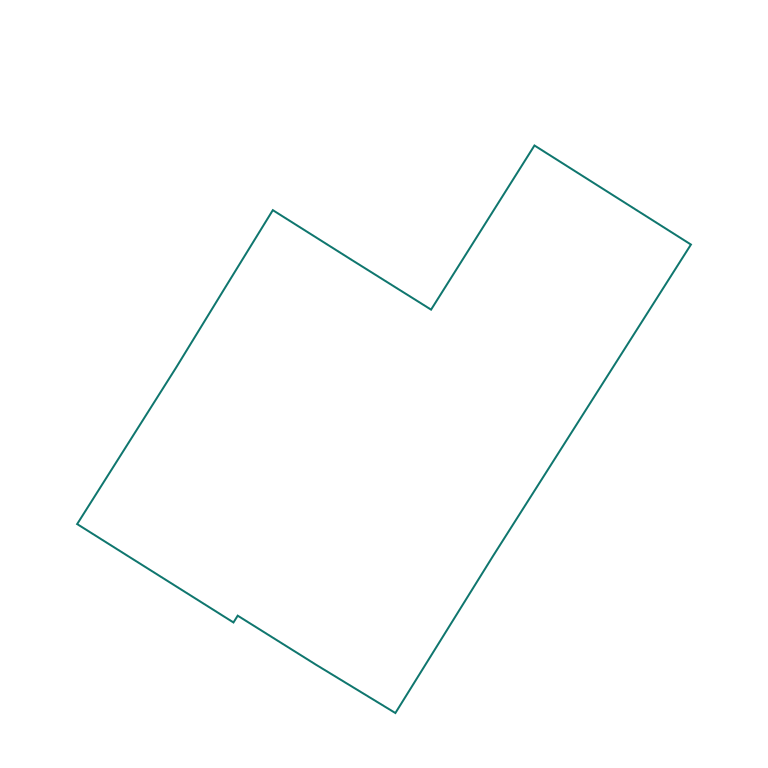 outline of Montcalm, Michigan, United States of America, rotated 122°
{"feature_id": "52423323B91024562611381", "entity_name": "Montcalm", "entity_type": "district", "adm_level": 2, "iso_a3": "USA", "parent_name": "United States of America", "parent_adm1": "Michigan", "projection": "orthographic", "projection_center": [-85.151, 43.293], "detail": "fine", "context": "isolated", "style": "outline", "palette": "teal", "viewbox_px": 768, "rotation_deg": 122, "n_neighbors": 0, "source": "geoboundaries", "source_scale": "gbopen_adm2", "svg_char_len": 346}
<svg xmlns="http://www.w3.org/2000/svg" viewBox="0 0 768 768"><g transform="rotate(122 384 384)"><path d="M472.2,200.4L103.1,197.6L102.0,382.8L110.4,382.8L296.0,383.5L295.9,477.0L295.5,570.4L388.0,569.8L480.2,569.0L665.4,570.0L666.0,385.3L658.0,385.3L658.1,292.7L657.0,200.0L472.2,200.4Z" fill="none" stroke="#0f766e" stroke-width="2"/></g></svg>